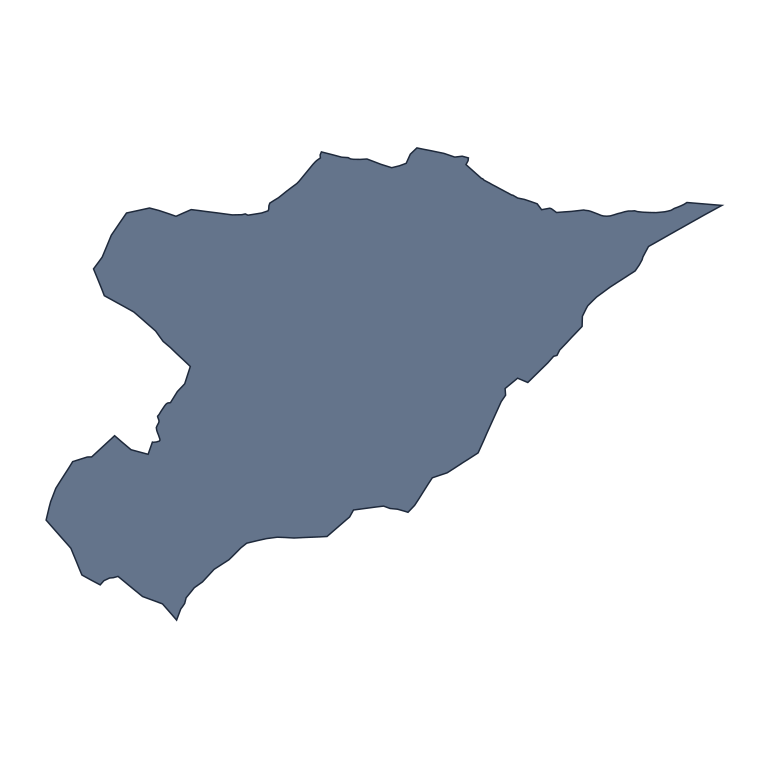 San Simón de Guerrero, México, Mexico
{"feature_id": "50627088B53955228547607", "entity_name": "San Simón de Guerrero", "entity_type": "district", "adm_level": 2, "iso_a3": "MEX", "parent_name": "Mexico", "parent_adm1": "México", "projection": "mercator", "projection_center": [-100.037, 18.972], "detail": "fine", "context": "isolated", "style": "filled", "palette": "slate", "viewbox_px": 768, "rotation_deg": 0, "n_neighbors": 0, "source": "geoboundaries", "source_scale": "gbopen_adm2", "svg_char_len": 3801}
<svg xmlns="http://www.w3.org/2000/svg" viewBox="0 0 768 768"><path d="M609.8,287.3L616.1,283.2L622.5,279.1L628.8,275.0L635.2,270.9L639.3,264.9L642.1,259.8L642.9,257.0L645.7,251.7L648.5,246.5L676.4,230.7L704.3,215.0L721.9,205.4L686.9,202.5L684.1,204.3L681.2,205.7L677.6,207.2L674.3,208.4L671.1,210.3L668.0,211.1L664.6,211.8L660.7,212.2L656.0,212.6L650.1,212.5L642.9,212.2L637.4,211.6L634.7,210.8L631.9,211.0L628.5,211.0L624.8,211.7L620.8,212.9L617.8,213.6L614.1,214.8L610.3,215.9L606.8,216.2L603.6,216.0L601.1,215.4L598.0,214.1L594.6,212.8L590.9,211.4L588.5,210.7L585.1,210.3L583.8,210.0L578.5,210.6L571.4,211.4L564.1,211.9L556.5,212.5L552.5,209.5L551.3,208.7L549.8,208.2L541.6,209.7L537.2,203.8L530.7,201.5L524.4,199.4L517.6,198.0L512.7,195.1L512.0,195.2L504.2,191.0L498.4,187.9L496.6,186.9L494.7,185.9L492.2,184.6L488.9,182.7L487.8,182.2L487.3,181.9L485.4,180.9L484.1,180.2L482.6,178.7L481.6,178.5L475.5,173.1L466.0,164.6L468.1,160.7L468.4,157.9L462.2,156.2L454.8,157.1L444.0,153.4L437.2,152.0L430.5,150.6L423.7,149.3L416.9,147.9L410.3,154.2L406.2,163.3L399.4,165.8L391.7,167.7L380.9,164.3L373.1,161.3L367.0,159.0L360.3,159.4L353.3,159.3L350.5,158.9L348.1,157.6L341.7,157.2L332.8,154.8L321.4,151.9L320.1,155.0L320.4,157.9L317.0,160.3L315.5,161.6L312.9,164.4L307.9,170.5L303.7,175.6L299.1,181.2L296.9,183.5L291.2,187.7L286.7,191.1L278.5,197.7L273.9,200.5L269.8,203.1L268.9,205.8L268.7,209.2L268.1,210.8L265.5,211.7L261.6,213.0L256.1,213.9L247.9,215.2L245.3,213.9L241.9,214.7L232.3,214.9L224.7,213.9L217.3,212.9L206.1,211.5L198.7,210.5L191.2,209.6L183.6,212.9L176.0,216.3L169.2,213.9L159.0,210.5L149.5,208.0L138.1,210.5L126.5,213.0L119.4,223.3L115.0,229.8L111.3,235.2L106.8,246.1L102.2,257.1L99.0,261.5L93.5,268.9L97.6,278.8L101.9,289.4L104.3,295.7L110.9,299.3L117.4,302.9L124.0,306.5L133.8,312.0L141.1,318.3L146.9,323.4L155.6,331.0L159.9,337.0L163.1,341.4L170.2,347.4L176.3,353.3L180.9,357.6L187.2,363.5L190.3,366.5L188.1,373.3L184.7,383.8L177.4,391.5L170.5,402.6L169.7,402.8L168.0,402.9L167.0,403.4L166.3,403.9L165.8,404.4L164.6,405.9L162.2,409.5L161.0,411.3L159.0,414.6L157.6,416.2L157.6,416.7L158.3,418.7L158.8,420.0L159.0,421.1L158.9,421.9L158.7,422.7L157.2,425.5L156.3,427.6L156.5,428.9L156.8,430.6L157.6,432.9L158.5,435.1L159.9,439.2L159.9,440.3L159.2,441.2L158.2,441.4L156.3,442.0L152.9,442.3L152.4,442.1L148.1,454.3L139.5,452.0L131.0,449.7L122.0,442.1L114.6,435.7L109.2,440.7L103.9,445.6L97.2,451.8L91.7,456.9L87.3,457.0L80.0,459.3L72.7,461.6L69.0,467.6L65.2,473.5L59.5,482.4L55.8,488.3L53.8,493.5L52.0,498.2L50.7,501.5L49.2,507.1L47.1,515.9L46.1,520.1L54.0,529.1L59.8,535.7L67.5,544.4L70.9,548.3L73.6,554.9L76.4,561.6L79.1,568.3L81.9,575.0L91.5,580.3L100.2,584.9L103.9,580.7L109.6,578.0L113.3,577.7L118.0,576.4L123.4,580.8L128.8,585.3L134.3,589.8L142.5,596.5L152.5,600.2L162.5,603.9L169.6,612.0L176.6,620.1L180.8,608.9L182.5,606.7L184.7,603.4L186.1,597.8L191.6,591.1L194.3,587.7L202.5,581.9L208.6,575.3L214.0,569.4L222.5,563.9L228.9,559.8L234.6,554.2L240.8,547.9L246.7,543.2L257.5,540.6L266.5,538.6L277.3,537.2L285.1,537.5L294.0,538.0L304.4,537.5L311.7,537.2L319.3,536.9L327.0,536.5L332.9,531.4L338.9,526.2L345.7,520.3L349.6,517.0L353.5,510.0L361.0,509.0L368.5,508.0L376.0,507.0L383.6,506.1L390.1,508.5L397.5,509.2L404.9,511.3L408.0,512.3L414.6,505.4L418.6,499.3L422.5,493.1L428.3,483.9L432.3,477.8L439.7,475.3L447.2,472.8L456.5,466.8L462.6,462.8L468.8,458.9L478.1,452.9L481.0,446.5L483.9,440.1L486.7,433.6L489.6,427.2L492.5,420.8L495.4,414.4L501.2,401.6L505.6,395.2L505.1,388.5L511.3,383.4L517.6,378.2L527.8,382.5L534.4,376.0L537.8,372.7L540.4,370.1L547.8,362.9L553.6,356.3L557.0,355.4L559.7,350.0L566.9,342.5L571.5,337.5L577.0,331.8L582.1,326.4L582.4,316.3L586.3,308.4L587.8,305.7L592.7,300.8L596.6,297.0L603.2,292.2L609.8,287.3Z" fill="#64748b" stroke="#1e293b" stroke-width="1.5"/></svg>